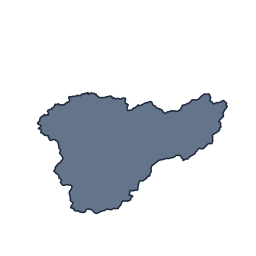 El Carmen, Chocó, Colombia, rotated 53°
{"feature_id": "7082276B50429445082332", "entity_name": "El Carmen", "entity_type": "district", "adm_level": 2, "iso_a3": "COL", "parent_name": "Colombia", "parent_adm1": "Chocó", "projection": "equal_earth", "projection_center": [-76.201, 5.838], "detail": "fine", "context": "isolated", "style": "filled", "palette": "slate", "viewbox_px": 256, "rotation_deg": 53, "n_neighbors": 0, "source": "geoboundaries", "source_scale": "gbopen_adm2", "svg_char_len": 5880}
<svg xmlns="http://www.w3.org/2000/svg" viewBox="0 0 256 256"><g transform="rotate(53 128 128)"><path d="M185.5,167.2L185.3,165.3L184.8,165.3L183.5,166.1L182.6,167.3L182.1,167.3L181.3,166.4L180.8,165.4L179.7,164.9L179.4,164.4L179.5,163.4L180.4,163.0L180.9,161.9L181.4,161.5L181.7,160.1L182.9,158.5L183.2,157.5L183.0,157.1L181.3,155.8L180.1,154.6L179.0,152.9L178.1,152.2L177.6,151.1L177.4,150.2L177.6,149.7L178.3,148.9L178.9,148.5L179.2,147.8L179.2,145.4L179.4,143.8L179.0,143.0L178.9,141.8L178.5,141.0L178.5,140.6L179.2,139.9L179.3,139.5L177.6,137.7L176.9,135.8L174.5,134.2L174.0,133.5L173.4,133.2L172.5,131.6L172.6,130.0L172.4,127.8L172.5,122.6L172.9,121.3L173.5,120.6L174.6,118.3L175.0,116.3L177.0,113.8L177.6,111.7L178.6,109.9L179.0,108.6L178.9,106.0L179.2,105.2L179.8,104.9L180.7,103.5L182.0,102.7L184.3,103.2L185.6,102.7L186.1,102.8L186.8,103.5L187.2,103.3L187.5,100.8L188.1,99.6L188.8,98.8L188.2,97.0L188.2,94.7L188.8,90.4L188.6,89.7L188.0,88.9L187.7,86.4L187.1,85.0L187.0,84.0L187.2,83.0L188.2,82.6L189.1,81.5L189.7,80.4L189.8,79.8L189.6,79.1L189.5,77.0L188.9,74.6L188.9,73.4L189.3,72.5L190.7,70.8L190.8,70.3L189.9,68.7L188.9,67.7L187.7,67.2L186.4,65.9L185.6,65.7L184.6,64.9L184.5,64.2L184.5,62.4L184.9,60.5L184.9,56.9L184.8,56.4L184.3,55.7L183.3,55.0L183.2,53.3L182.8,52.9L182.2,52.9L179.9,51.1L178.7,51.1L177.9,51.7L177.6,51.6L177.4,50.6L176.8,49.8L176.7,48.6L176.4,47.5L176.3,45.0L175.7,44.7L175.0,43.8L173.5,43.6L173.2,43.2L171.9,40.2L171.2,37.3L170.3,35.7L169.5,36.0L168.7,35.9L168.3,35.4L168.1,34.8L167.0,34.3L165.0,35.0L163.8,34.9L163.2,35.8L162.9,39.0L162.6,39.8L161.2,41.6L160.9,43.1L160.1,45.3L158.4,45.1L157.3,45.5L156.7,45.5L155.8,46.3L155.3,46.3L153.5,43.6L152.9,43.4L152.0,43.7L151.4,43.0L151.0,42.8L150.2,43.3L149.7,43.3L149.3,43.0L149.0,44.0L148.6,44.5L148.1,45.1L147.6,45.4L146.8,46.6L146.7,50.8L147.5,54.4L146.6,56.7L146.0,57.5L145.7,57.6L144.1,59.9L144.0,60.3L144.4,61.1L144.5,62.4L144.8,63.2L144.8,64.3L144.2,65.8L143.8,68.8L143.5,69.0L142.6,70.9L142.6,71.1L143.0,71.4L144.6,74.7L144.8,75.9L144.5,77.9L143.9,79.3L142.6,80.1L141.8,81.9L140.9,82.0L140.7,82.3L140.3,83.6L139.8,84.5L139.5,85.8L138.8,87.1L138.8,89.5L137.1,90.2L133.9,90.1L133.6,90.4L133.0,90.5L132.5,91.2L131.7,91.1L131.1,91.8L130.5,92.0L129.7,92.9L129.1,93.1L127.4,92.9L124.8,94.2L124.1,94.2L121.9,93.5L121.1,93.6L120.1,94.6L119.7,95.9L119.7,96.9L119.0,97.6L118.5,98.5L118.1,101.3L118.0,102.7L117.7,103.4L117.0,105.7L116.8,105.9L115.7,105.9L115.6,106.1L115.8,106.5L116.0,107.9L116.0,110.4L115.4,111.7L115.5,112.7L115.8,113.5L115.9,114.2L114.6,116.2L114.2,117.5L112.7,117.5L111.2,116.8L110.3,114.9L109.5,113.9L109.1,113.9L108.4,114.3L108.0,114.4L107.3,115.2L106.7,115.1L104.9,114.4L104.4,113.3L103.0,112.3L102.3,112.4L101.0,114.1L100.6,115.2L100.5,116.5L100.3,117.0L99.8,117.4L98.9,117.6L98.2,118.1L97.8,119.4L96.9,120.4L96.8,120.8L96.5,121.1L95.4,121.1L94.8,122.4L94.1,122.5L93.4,122.0L92.8,122.0L92.6,122.1L92.2,122.8L91.5,123.3L90.9,125.4L90.1,126.2L89.7,128.1L87.8,130.9L87.2,131.5L86.8,132.3L85.9,132.8L84.4,132.9L83.7,133.4L83.0,133.6L82.4,133.5L81.9,133.1L81.5,133.1L81.4,133.6L81.1,134.0L80.4,134.4L79.7,134.4L79.1,135.3L78.4,135.7L77.9,136.2L77.6,136.9L77.7,137.6L77.3,138.2L77.5,139.1L76.8,139.5L75.9,138.7L75.4,138.9L75.2,140.5L74.4,141.6L74.5,142.7L73.6,143.4L73.3,144.0L73.2,145.2L73.6,146.2L73.6,146.7L72.6,147.4L72.0,148.4L71.4,148.7L71.4,149.5L71.1,150.0L71.2,150.6L71.1,151.1L69.7,152.5L69.5,153.0L69.5,153.7L69.1,154.2L68.9,155.0L68.4,155.1L68.2,155.4L67.9,155.5L67.8,155.8L67.8,156.4L67.7,156.7L68.1,157.2L69.0,157.4L69.6,157.7L70.6,157.8L71.1,158.1L71.5,158.7L71.5,159.4L71.0,160.3L71.3,160.9L70.7,161.7L70.7,163.5L71.0,163.8L71.1,165.0L70.8,165.6L70.3,165.7L69.9,166.3L69.9,166.8L69.2,167.7L68.8,167.9L68.5,169.0L68.0,169.1L67.1,168.8L66.8,169.0L66.4,170.3L65.7,171.6L65.2,171.9L65.4,172.4L65.9,172.3L66.1,172.6L66.1,173.5L66.6,175.1L66.9,177.3L66.7,177.3L66.9,177.5L66.0,179.9L65.7,181.4L66.0,182.1L66.4,182.3L67.5,182.2L68.8,183.0L69.4,183.4L69.5,183.8L69.5,184.1L68.8,184.4L68.5,185.0L68.3,186.8L67.9,186.5L67.0,186.7L67.0,191.1L67.0,191.7L67.8,193.0L69.2,194.3L69.3,196.7L69.7,197.3L71.3,197.4L72.3,196.5L73.8,196.1L74.1,196.5L74.4,197.0L74.4,199.5L74.7,199.9L75.0,199.9L75.9,198.8L77.5,198.5L78.0,198.7L78.8,200.2L79.1,200.4L80.1,199.6L81.3,199.6L82.2,199.0L83.5,199.1L84.2,198.6L84.8,197.4L85.7,197.1L86.2,196.4L86.4,196.4L87.7,197.3L88.8,197.1L89.5,197.6L91.0,197.6L91.6,196.9L92.2,194.7L93.3,193.4L94.6,193.2L95.9,192.5L98.3,192.9L99.8,193.8L100.6,194.0L102.4,195.2L105.0,195.1L105.7,195.9L106.3,197.3L106.6,197.6L107.8,197.9L109.0,197.5L109.9,197.7L110.8,197.6L113.0,198.1L113.7,199.0L114.1,201.3L114.6,202.8L114.9,203.0L115.0,203.4L114.5,204.5L114.5,205.2L114.7,206.4L115.3,208.2L115.5,209.4L115.6,209.7L116.5,210.2L117.3,211.7L117.7,213.0L118.2,213.2L119.1,212.8L120.6,212.8L122.7,212.0L123.8,211.9L124.4,212.1L126.3,213.1L127.1,213.1L128.2,212.4L129.5,212.4L129.8,212.7L130.4,214.2L130.8,214.6L132.2,214.8L134.5,214.5L135.1,213.8L135.7,212.7L136.1,211.4L136.6,210.6L137.6,210.0L138.1,209.2L139.2,208.1L139.7,207.9L140.8,208.0L141.8,208.5L143.0,211.0L143.5,212.9L145.2,214.5L147.0,215.1L149.9,216.5L150.9,217.6L152.1,217.7L153.8,217.0L154.7,217.2L155.6,218.5L156.1,220.4L157.1,221.7L158.8,220.7L159.5,219.6L160.7,220.4L161.5,220.5L163.2,219.3L164.1,217.6L165.5,217.4L166.7,216.2L167.5,215.9L168.1,214.6L168.7,214.3L169.2,213.0L169.0,212.0L168.1,210.8L168.1,210.0L168.6,208.2L169.7,208.0L170.1,207.3L171.1,206.3L171.9,206.1L172.9,206.1L173.5,205.7L174.8,205.8L175.8,205.6L176.1,205.5L177.2,204.6L177.7,203.1L178.4,199.5L179.1,197.7L179.8,196.5L179.8,194.3L180.9,192.7L182.3,191.6L183.1,190.6L183.3,190.1L183.5,188.0L184.7,186.7L186.2,184.7L186.3,184.0L185.8,183.4L185.0,179.8L184.0,178.4L183.2,176.8L183.6,175.6L184.4,174.5L185.2,173.0L186.2,172.5L186.7,170.6L186.9,169.0L186.0,168.1L185.5,167.2Z" fill="#64748b" stroke="#1e293b" stroke-width="1.5"/></g></svg>